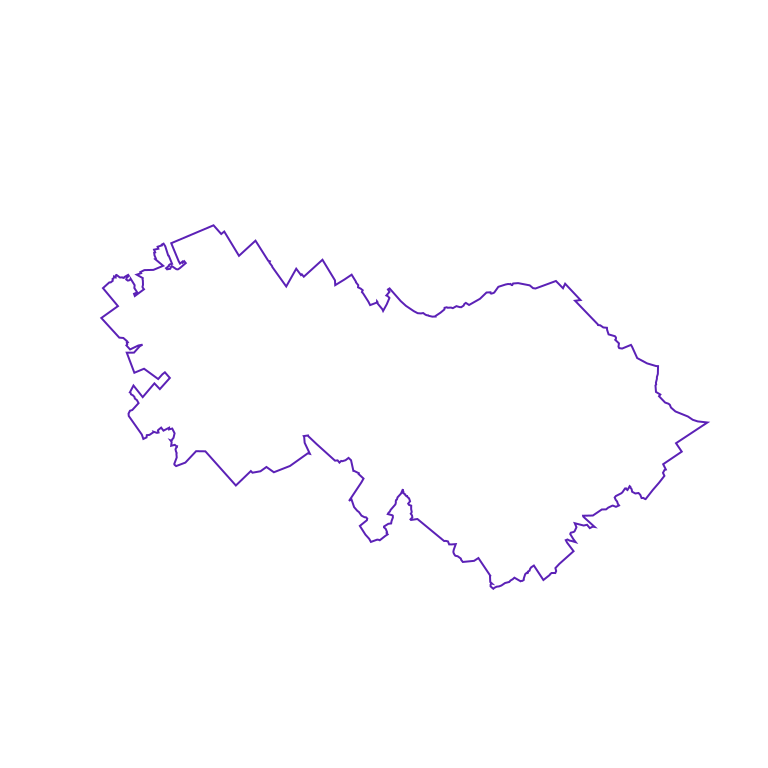 outline of Jesús María, Aguascalientes, Mexico, rotated 228°
{"feature_id": "50627088B43766130092771", "entity_name": "Jesús María", "entity_type": "district", "adm_level": 2, "iso_a3": "MEX", "parent_name": "Mexico", "parent_adm1": "Aguascalientes", "projection": "mercator", "projection_center": [-102.408, 21.935], "detail": "fine", "context": "isolated", "style": "outline", "palette": "violet", "viewbox_px": 768, "rotation_deg": 228, "n_neighbors": 0, "source": "geoboundaries", "source_scale": "gbopen_adm2", "svg_char_len": 6166}
<svg xmlns="http://www.w3.org/2000/svg" viewBox="0 0 768 768"><g transform="rotate(228 384 384)"><path d="M579.4,213.8L559.4,206.0L555.9,215.9L538.8,219.5L539.5,225.8L539.3,229.0L531.8,228.9L530.2,214.0L538.1,213.8L535.7,195.9L550.5,196.8L547.9,189.8L547.7,190.0L545.6,189.1L543.3,189.9L541.1,189.8L539.9,189.1L537.4,189.6L534.0,188.8L533.1,179.5L534.1,177.3L532.9,174.3L531.0,172.9L508.5,170.2L504.2,168.4L503.2,171.8L504.7,173.5L503.1,175.7L502.4,180.7L502.7,180.8L499.6,182.6L498.8,184.0L500.6,184.8L500.9,185.4L500.7,189.2L496.9,188.9L495.3,195.0L494.1,193.9L492.6,196.8L487.5,195.4L484.8,191.5L484.6,189.8L484.2,189.2L484.6,187.8L485.0,187.6L483.0,187.4L480.5,184.5L478.8,187.8L476.6,188.1L476.2,188.5L475.6,187.7L475.6,186.6L475.0,185.4L473.1,184.3L471.4,183.7L471.0,183.0L468.1,180.8L464.9,174.6L464.0,174.3L462.1,174.6L458.5,183.8L459.8,199.4L453.5,206.2L407.7,206.0L408.4,226.8L406.1,226.9L401.8,233.8L401.0,241.1L392.1,243.1L386.0,259.3L383.5,281.0L381.7,282.2L393.4,285.7L398.0,289.2L399.0,289.5L396.6,293.1L396.0,292.8L384.6,293.7L359.8,296.3L358.3,298.4L355.4,298.3L355.5,300.7L354.5,301.4L353.1,304.4L352.8,308.2L349.4,308.5L339.9,303.1L339.5,303.6L334.5,305.6L334.1,304.9L327.4,305.5L326.0,301.3L320.5,279.8L320.2,282.7L312.5,279.4L307.7,279.3L305.6,279.7L301.2,279.2L298.0,280.4L297.0,281.4L295.2,281.5L294.2,280.1L294.7,271.1L284.5,269.4L278.9,269.4L275.4,268.6L272.9,274.8L271.6,275.9L270.7,276.3L270.2,283.6L269.8,286.1L271.6,286.2L271.8,287.1L275.0,288.3L277.5,288.1L278.1,288.7L277.2,293.7L275.6,296.0L277.1,297.9L278.8,301.2L280.2,302.4L280.8,302.4L284.8,299.8L285.3,301.3L285.3,303.0L286.0,304.6L286.9,311.9L287.9,313.4L289.1,314.4L289.7,315.5L289.5,316.3L290.7,318.2L291.2,323.3L293.2,327.7L292.0,326.7L290.7,326.2L290.0,325.3L287.7,325.9L287.2,325.5L285.8,325.6L285.3,326.2L284.2,325.8L282.3,326.1L279.4,324.9L278.9,321.9L277.4,321.7L275.4,322.8L272.9,320.5L270.4,319.0L269.9,318.2L269.7,317.1L267.6,316.9L265.9,315.8L265.7,313.1L264.9,313.1L261.3,318.5L227.1,323.6L226.0,325.0L224.2,326.2L221.2,325.1L219.7,326.7L217.0,330.2L214.2,325.0L213.1,323.5L212.2,322.8L210.2,322.2L208.6,322.1L206.7,323.5L202.9,324.3L201.7,323.7L199.0,323.5L192.3,332.6L191.5,337.7L170.4,334.7L170.4,334.3L165.8,330.5L163.4,330.7L164.1,330.2L164.0,329.9L163.6,329.0L162.3,327.8L158.7,328.2L158.7,329.5L158.0,332.1L156.6,334.1L155.7,336.4L155.1,340.8L153.1,344.6L153.3,346.6L152.8,349.0L152.8,351.3L146.0,353.5L145.9,354.1L145.1,355.1L144.9,356.8L145.9,357.7L148.2,361.7L148.2,363.6L147.4,364.2L147.4,364.7L148.3,365.4L147.9,367.3L148.7,368.5L149.3,370.5L148.8,373.9L131.7,371.3L131.2,379.2L131.5,380.4L131.4,382.1L128.9,384.8L129.8,386.8L132.5,388.2L133.0,393.9L132.9,413.0L143.5,413.9L146.3,414.6L145.7,416.3L143.3,417.2L142.1,418.2L138.2,420.6L142.0,420.9L147.9,422.0L148.5,423.3L147.1,426.0L147.1,427.3L148.8,431.2L152.9,432.6L145.2,437.7L143.5,440.7L139.2,440.5L138.3,443.7L136.8,444.9L150.4,443.5L152.2,443.4L152.9,443.8L146.5,451.2L145.0,461.9L142.2,465.2L142.1,467.9L140.8,472.2L140.5,472.7L137.5,474.2L136.5,477.4L138.5,477.6L140.7,478.6L142.9,478.7L145.3,479.5L145.6,481.3L144.0,487.3L144.0,488.8L145.1,493.2L144.5,494.0L143.4,493.7L142.3,494.0L143.7,498.2L142.7,498.3L142.0,497.7L140.8,497.8L139.7,497.4L137.9,496.3L134.5,497.5L132.7,500.2L130.2,500.3L126.9,499.1L125.7,500.6L124.4,500.8L123.4,501.4L125.4,512.9L126.6,522.4L128.1,530.9L131.3,531.9L132.4,534.9L131.8,536.2L137.6,537.8L134.5,560.0L144.6,561.4L139.0,598.6L146.3,592.1L150.8,589.5L156.5,588.1L168.6,582.2L174.5,581.5L177.3,582.5L179.0,582.2L182.1,580.5L190.9,580.2L191.3,582.3L196.1,580.8L201.3,584.8L201.5,585.9L203.0,586.9L205.2,590.2L206.6,591.5L208.2,594.2L213.9,599.6L215.3,598.2L223.3,593.3L233.8,589.5L245.8,593.3L247.8,593.7L251.0,584.7L253.3,582.8L254.8,583.2L257.0,585.8L262.1,585.4L262.3,586.5L263.4,587.5L265.0,587.6L270.6,584.1L274.9,586.0L276.6,587.3L279.3,584.8L282.9,584.0L284.6,582.5L285.2,582.8L318.0,581.7L314.9,586.2L337.3,585.7L335.4,581.1L345.5,580.7L353.6,560.5L355.5,558.9L359.8,558.3L369.2,551.2L372.3,547.2L371.7,545.5L372.2,545.0L373.7,545.0L374.2,544.1L375.3,543.1L376.6,540.9L379.7,534.0L378.2,527.1L378.6,525.7L379.4,524.2L380.0,523.9L380.9,524.5L383.4,521.4L383.1,512.3L385.8,500.1L389.5,499.1L389.7,497.4L389.0,495.6L389.4,492.8L390.5,491.7L393.4,489.9L394.3,485.9L396.0,484.9L398.1,482.3L399.0,482.0L400.1,480.0L399.0,478.7L399.2,473.7L400.1,467.6L399.7,467.4L401.7,465.0L404.7,462.9L405.6,462.7L406.0,462.1L407.7,461.2L410.5,460.6L411.7,458.7L414.1,456.4L418.2,454.9L427.4,452.6L434.4,451.9L451.3,452.1L451.6,450.2L448.8,449.7L448.2,445.0L446.7,445.6L444.3,445.6L441.4,439.4L438.9,432.2L440.7,432.8L448.0,433.1L449.2,434.0L450.1,434.1L449.3,433.2L451.9,426.5L455.7,427.5L465.3,429.1L467.1,429.1L467.9,430.9L470.5,430.5L473.2,429.4L474.7,431.0L478.4,431.2L478.8,431.6L486.9,433.1L488.1,424.6L490.1,413.9L493.8,416.9L517.5,421.4L517.4,396.2L520.5,396.3L520.5,395.2L528.4,395.9L521.9,376.6L545.8,379.3L546.4,379.7L551.0,380.1L551.5,381.3L553.0,380.4L576.5,384.4L576.3,362.0L604.2,367.3L604.4,363.4L616.0,363.5L631.0,320.1L612.7,313.6L610.0,313.0L609.8,316.1L608.9,315.7L609.0,317.7L606.5,317.6L606.7,310.0L607.0,307.8L607.4,307.2L608.3,306.5L613.6,305.2L613.5,304.2L612.7,302.2L614.4,299.5L615.9,299.5L615.6,302.9L615.9,302.9L616.2,303.7L616.1,305.2L615.1,306.9L623.4,309.9L623.9,309.6L632.7,313.6L635.8,314.1L636.3,312.1L635.6,311.7L637.5,307.6L635.5,306.8L637.7,303.0L634.9,302.0L635.3,301.0L633.1,299.5L629.9,298.4L630.1,297.5L619.6,299.0L623.1,289.0L629.0,282.1L630.2,277.8L628.9,277.6L630.7,273.4L624.1,275.6L623.2,274.5L622.3,274.1L618.9,271.2L617.8,269.5L617.1,269.2L615.0,269.0L616.1,257.7L618.3,258.6L617.2,261.9L622.4,262.7L624.3,264.8L631.9,266.2L631.3,265.2L631.7,263.7L632.3,262.8L634.2,262.4L635.2,264.0L635.0,266.7L636.3,266.9L637.2,262.6L636.9,261.8L637.3,261.2L638.3,260.9L639.9,259.0L644.0,258.2L644.2,257.7L642.8,255.9L644.6,255.4L643.4,253.6L643.7,252.6L642.2,251.4L642.4,248.9L643.3,247.8L643.3,239.3L619.9,238.4L622.2,218.1L595.6,218.3L592.6,221.1L587.5,221.7L586.4,221.5L586.9,220.6L585.2,219.6L585.1,218.4L579.6,218.4L577.0,227.2L574.8,230.9L575.5,227.8L574.6,219.2L579.4,213.8Z" fill="none" stroke="#5b21b6" stroke-width="2"/></g></svg>